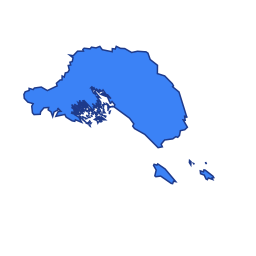 the district of Westport Lea-4, Mayo, Ireland, rotated 230°
{"feature_id": "5873133B76630404476162", "entity_name": "Westport Lea-4", "entity_type": "district", "adm_level": 2, "iso_a3": "IRL", "parent_name": "Ireland", "parent_adm1": "Mayo", "projection": "natural_earth1", "projection_center": [-9.682, 53.797], "detail": "fine", "context": "isolated", "style": "filled", "palette": "blue", "viewbox_px": 256, "rotation_deg": 230, "n_neighbors": 0, "source": "geoboundaries", "source_scale": "gbopen_adm2", "svg_char_len": 6103}
<svg xmlns="http://www.w3.org/2000/svg" viewBox="0 0 256 256"><g transform="rotate(230 128 128)"><path d="M162.1,96.2L166.1,96.9L165.2,98.1L166.7,99.1L168.4,98.6L166.8,97.6L172.0,95.9L172.2,97.2L170.1,98.6L171.9,98.8L173.8,97.1L173.2,95.8L175.6,94.3L176.3,95.3L174.2,96.9L177.4,98.6L176.0,98.2L168.5,100.4L178.2,99.2L177.4,98.6L180.1,97.9L178.7,99.0L182.2,100.0L174.5,99.9L172.0,101.2L177.1,100.1L178.7,101.0L170.3,102.2L173.3,103.3L180.8,102.3L173.0,104.4L178.2,104.6L168.2,105.9L178.2,105.7L179.3,106.0L174.5,107.2L178.9,107.3L180.3,108.9L177.0,107.4L171.0,108.1L178.2,108.6L175.4,109.4L178.4,111.2L174.0,110.0L172.2,110.6L176.1,110.8L175.4,111.4L171.8,110.9L171.9,110.2L173.9,109.6L170.1,108.5L170.8,109.6L168.5,110.5L177.9,111.9L164.4,112.7L164.1,114.0L166.2,115.0L163.8,116.6L169.7,116.3L164.1,117.3L167.8,119.8L162.1,118.5L162.0,119.6L169.4,122.2L167.0,122.6L164.0,120.6L164.8,121.3L163.1,121.6L164.1,122.1L162.7,121.9L165.4,123.8L172.1,124.2L169.4,126.0L177.7,126.1L175.2,124.7L176.9,124.0L181.4,125.2L180.2,126.1L182.0,126.7L182.7,125.7L182.8,126.8L182.1,126.9L178.6,126.1L181.0,126.7L180.8,127.8L177.5,127.1L176.6,128.2L178.7,128.9L173.9,129.3L173.8,130.6L176.3,130.7L172.7,131.7L173.2,133.3L168.3,132.9L166.5,131.9L168.5,131.6L167.6,131.1L167.8,131.0L169.6,132.0L170.0,131.9L169.0,131.2L171.1,130.9L171.3,128.8L166.5,131.4L166.3,131.8L167.0,133.3L166.6,133.7L161.5,133.9L165.7,132.5L159.7,130.7L158.4,131.0L158.6,132.8L154.3,132.9L153.1,131.1L154.4,130.4L155.3,128.5L153.3,130.9L134.5,135.5L127.4,135.1L126.4,132.8L123.4,132.6L112.3,136.8L93.6,138.4L91.5,142.2L94.3,143.0L95.3,148.3L90.9,155.3L90.6,159.1L88.9,160.1L89.2,162.6L92.3,166.4L90.2,170.4L90.4,174.0L98.7,175.5L97.2,176.8L101.3,179.3L99.4,178.7L99.0,180.2L122.8,190.2L130.9,188.7L131.0,189.9L133.4,190.4L144.3,189.6L150.8,185.5L157.1,190.9L166.2,189.0L172.5,191.4L174.7,190.8L180.7,184.6L183.5,179.3L190.9,176.6L193.9,173.4L198.1,171.5L196.7,169.0L198.9,167.0L196.6,164.9L204.5,158.6L208.6,158.9L209.9,155.0L213.4,152.0L213.0,149.8L217.3,145.7L217.2,143.9L215.5,143.3L219.3,138.7L218.6,132.5L221.3,130.2L217.1,131.0L214.7,128.0L215.7,125.8L213.1,124.6L214.3,122.4L210.2,120.3L209.4,117.7L210.5,115.4L208.0,111.9L210.2,111.0L207.3,108.4L208.4,106.9L208.3,101.9L205.8,100.8L208.5,90.3L215.1,87.9L218.8,82.0L218.4,80.1L221.9,77.7L220.3,76.4L221.8,72.5L220.7,69.9L217.4,67.6L212.2,67.9L207.6,71.0L206.6,68.3L201.1,64.6L198.7,64.6L194.9,69.6L196.6,71.5L197.5,76.6L194.7,80.4L193.2,78.5L189.9,79.4L185.2,77.7L187.8,81.6L186.9,86.3L188.5,87.0L183.9,87.3L185.5,85.1L183.3,80.2L179.0,88.3L176.1,87.6L169.4,89.8L167.3,91.5L168.1,93.0L162.1,96.2ZM70.2,122.1L57.8,125.5L56.7,126.4L57.9,128.6L56.2,130.1L72.8,130.1L81.4,127.7L81.0,126.3L83.4,124.7L82.9,123.5L77.7,122.6L74.1,117.8L72.8,118.0L70.2,122.1ZM45.9,157.7L48.7,155.8L46.3,154.2L42.9,156.1L38.8,155.0L37.4,155.6L38.1,157.4L34.1,159.8L35.7,160.1L34.8,161.8L36.5,162.1L46.0,160.1L47.1,159.3L45.9,157.7ZM161.9,117.2L159.8,114.8L155.8,115.8L160.2,115.5L157.8,117.6L160.6,118.4L161.9,117.2ZM153.7,113.3L156.7,112.1L154.6,112.5L151.8,114.6L150.3,114.9L151.3,114.3L152.1,113.1L151.1,113.3L148.9,115.9L153.7,114.8L153.7,113.3ZM59.4,152.4L61.7,154.6L63.6,154.3L62.1,152.8L59.4,152.4ZM160.9,112.3L157.4,113.6L162.1,112.8L160.9,112.3ZM162.6,110.9L164.6,111.5L167.6,110.8L162.6,110.9ZM167.3,108.4L164.9,109.3L167.3,109.4L167.3,108.4ZM171.5,103.1L169.6,104.3L172.0,104.4L171.5,103.1ZM149.9,112.1L152.8,112.2L153.5,111.6L150.2,111.7L152.1,111.0L151.5,109.9L150.1,111.2L149.9,112.1ZM154.4,120.2L157.2,120.3L155.7,118.6L154.4,120.2ZM170.6,107.7L168.9,107.0L166.5,107.2L170.6,107.7ZM161.5,121.2L162.2,120.3L160.6,120.6L161.5,121.2ZM156.0,108.9L156.1,107.8L154.2,108.8L156.0,108.9ZM161.3,123.0L159.3,122.7L162.4,124.1L161.3,123.0ZM153.2,117.3L151.3,117.9L150.5,117.3L151.3,118.6L153.2,117.3ZM161.0,125.0L160.7,125.9L162.1,125.5L161.0,125.0ZM154.0,111.6L156.4,110.9L158.0,110.7L156.8,110.6L154.0,111.6ZM160.2,127.4L158.9,126.9L157.9,127.6L159.3,127.7L160.2,127.4ZM156.7,127.0L155.6,127.4L155.2,128.1L155.3,128.5L156.7,127.0ZM159.4,107.9L161.0,108.0L161.7,107.7L159.4,107.9ZM161.3,110.3L163.0,110.3L160.3,109.9L161.3,110.3ZM161.8,101.1L162.9,101.9L163.5,101.6L161.8,101.1ZM159.9,121.9L157.4,121.0L156.7,121.1L159.9,121.9ZM51.4,165.0L49.9,165.0L52.0,165.5L51.4,165.0ZM172.8,106.7L171.4,107.1L173.5,107.1L172.8,106.7ZM167.1,102.7L168.9,102.9L170.1,102.5L167.1,102.7ZM164.8,104.5L163.5,104.2L160.6,104.7L161.8,104.5L164.8,104.5ZM152.3,125.1L152.5,124.3L150.7,122.6L152.3,125.1ZM159.0,111.7L157.4,112.0L159.7,112.2L159.0,111.7ZM155.5,116.8L155.1,116.1L154.0,116.8L155.5,116.8ZM158.8,99.5L161.9,99.2L162.1,99.0L158.8,99.5ZM165.0,99.0L163.1,98.7L163.0,99.0L165.0,99.0ZM166.4,100.6L165.2,100.2L164.0,100.8L166.4,100.6ZM155.7,125.5L154.4,125.5L155.6,125.7L155.7,125.5ZM155.7,100.4L154.7,100.0L153.9,100.2L154.6,100.5L155.7,100.4ZM151.2,108.1L151.5,108.8L152.0,108.4L151.2,108.1ZM159.8,105.7L161.1,105.8L161.7,105.7L159.8,105.7ZM169.8,101.3L168.6,101.6L170.5,101.3L169.8,101.3ZM158.0,100.0L158.1,99.4L157.3,99.8L158.0,100.0ZM154.7,101.9L155.7,102.6L156.1,102.4L154.7,101.9ZM156.7,103.2L158.3,103.2L158.6,103.0L156.7,103.2ZM160.5,111.8L161.9,112.1L162.0,111.9L160.5,111.8ZM156.1,110.2L154.9,109.9L154.5,110.2L156.1,110.2ZM157.4,126.5L156.7,125.9L156.3,126.5L157.4,126.5ZM157.5,101.1L156.1,101.2L157.6,101.3L157.5,101.1ZM157.4,131.0L158.4,130.4L158.9,130.5L158.5,130.3L157.4,131.0ZM162.3,106.0L163.3,106.3L163.6,106.3L162.3,106.0ZM168.2,132.6L169.3,132.2L168.9,131.8L168.2,132.6ZM163.9,107.3L164.1,107.7L164.7,107.5L163.9,107.3ZM57.7,155.2L58.3,155.6L58.7,155.4L57.7,155.2ZM164.2,111.7L163.3,111.9L164.5,111.8L164.2,111.7ZM175.1,128.7L175.1,128.3L174.4,128.4L175.1,128.7ZM161.4,102.6L162.4,102.6L160.9,102.5L161.4,102.6ZM161.2,113.6L160.5,113.4L160.2,113.5L161.2,113.6ZM162.9,109.4L162.3,109.2L162.0,109.3L162.9,109.4ZM154.4,124.0L154.0,124.2L154.6,124.2L154.4,124.0ZM155.3,103.4L155.0,103.5L155.8,103.5L155.3,103.4ZM174.4,97.7L174.2,97.9L174.9,97.7L174.4,97.7ZM154.9,114.1L155.6,114.2L155.3,114.0L154.9,114.1ZM98.6,180.2L98.4,180.0L97.9,180.1L98.6,180.2Z" fill="#3b82f6" stroke="#1e3a8a" stroke-width="1.5"/></g></svg>